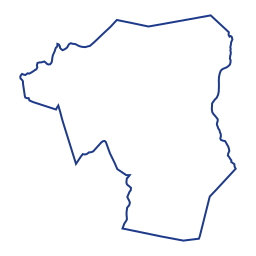 Pentecoste, Ceará, Brazil
{"feature_id": "56859067B67675566345741", "entity_name": "Pentecoste", "entity_type": "district", "adm_level": 2, "iso_a3": "BRA", "parent_name": "Brazil", "parent_adm1": "Ceará", "projection": "equal_earth", "projection_center": [-39.18, -3.876], "detail": "fine", "context": "isolated", "style": "outline", "palette": "blue", "viewbox_px": 256, "rotation_deg": 0, "n_neighbors": 0, "source": "geoboundaries", "source_scale": "gbopen_adm2", "svg_char_len": 2485}
<svg xmlns="http://www.w3.org/2000/svg" viewBox="0 0 256 256"><path d="M122.5,228.5L160.9,236.4L183.4,240.6L198.9,238.7L199.9,235.8L209.1,199.1L209.8,196.5L216.4,189.6L235.7,168.7L234.7,166.9L234.3,164.1L232.9,163.1L231.3,162.0L231.3,160.3L229.9,158.4L228.9,156.7L227.9,155.6L228.2,153.5L229.3,151.0L228.9,148.8L228.3,146.7L227.1,144.6L226.1,142.8L225.1,141.1L223.0,140.7L220.9,139.9L220.3,138.3L220.9,136.3L220.7,133.9L219.9,132.1L219.4,130.0L218.3,128.5L217.6,126.4L216.9,124.8L217.0,123.0L217.7,121.1L217.7,119.2L216.4,117.5L215.3,116.1L213.4,114.0L212.3,112.2L212.0,110.5L211.8,108.5L212.0,106.7L212.1,103.5L213.4,101.5L214.9,99.5L216.6,97.9L218.0,95.0L218.7,92.0L218.8,89.4L218.9,87.4L218.9,85.7L218.9,82.6L218.8,80.8L218.9,79.0L219.0,76.9L219.7,73.7L220.6,71.1L221.7,69.7L223.1,68.8L226.8,67.3L228.7,65.8L229.9,64.6L230.5,62.4L230.6,60.1L229.9,58.7L230.2,55.9L230.7,54.0L230.8,52.3L230.4,50.6L230.7,48.9L230.3,47.3L230.8,45.1L231.2,42.1L232.4,39.4L231.7,36.8L230.6,36.0L229.5,36.6L228.6,34.9L228.8,32.2L210.7,15.4L161.7,24.2L148.5,26.5L143.6,25.5L130.3,22.7L116.8,20.0L110.8,26.5L104.8,32.1L94.2,42.2L89.8,46.0L88.6,46.2L87.0,46.6L85.4,47.1L83.6,47.0L81.8,46.8L80.2,46.4L78.4,45.7L76.7,44.8L75.4,44.1L73.9,43.9L72.5,43.8L70.9,43.2L69.1,44.1L68.1,45.7L67.4,47.1L66.3,48.2L64.4,49.4L62.6,50.2L61.1,49.1L60.1,47.9L59.8,46.2L58.9,44.5L57.4,43.9L57.3,46.4L55.7,48.0L54.7,51.2L53.7,53.4L52.7,55.8L52.2,58.9L52.0,60.9L51.4,62.8L50.2,64.2L48.7,64.5L47.3,64.1L45.5,62.4L44.2,61.5L42.4,62.1L40.9,62.4L39.4,62.4L37.5,63.0L36.9,65.2L37.3,67.3L36.3,69.4L34.8,70.1L33.7,71.0L32.1,72.0L30.6,72.9L29.3,73.6L27.6,73.3L26.5,74.2L25.2,75.0L23.6,74.6L22.1,73.9L21.1,75.0L20.3,76.5L20.5,78.5L21.7,79.5L22.9,81.2L23.0,83.6L23.3,85.8L23.7,88.4L24.4,93.1L24.8,95.9L25.3,97.5L26.9,98.2L28.6,98.1L29.5,100.5L33.2,102.1L56.0,109.5L57.1,107.4L58.3,105.5L60.3,112.3L61.8,118.1L62.9,121.9L71.6,149.8L76.0,163.9L80.7,156.8L82.8,154.1L84.7,154.5L86.6,154.1L87.9,153.2L89.1,152.3L90.5,152.3L92.1,151.9L93.3,151.3L101.5,142.2L103.0,141.2L104.7,141.0L105.8,142.0L106.4,143.5L109.9,153.2L114.8,163.3L117.3,169.1L126.2,175.1L129.7,175.1L128.2,177.1L126.9,178.3L126.6,180.2L126.4,182.5L126.8,184.0L127.8,185.2L129.2,186.2L131.0,187.9L130.7,190.3L129.4,192.0L128.4,194.4L127.3,196.9L128.1,198.7L128.9,200.1L129.9,202.6L129.2,205.3L128.2,206.4L127.2,207.6L126.9,209.5L126.6,211.8L126.5,214.4L126.8,217.3L126.9,219.5L125.7,221.6L124.3,223.6L123.5,225.8L122.5,228.5Z" fill="none" stroke="#1e3a8a" stroke-width="2"/></svg>